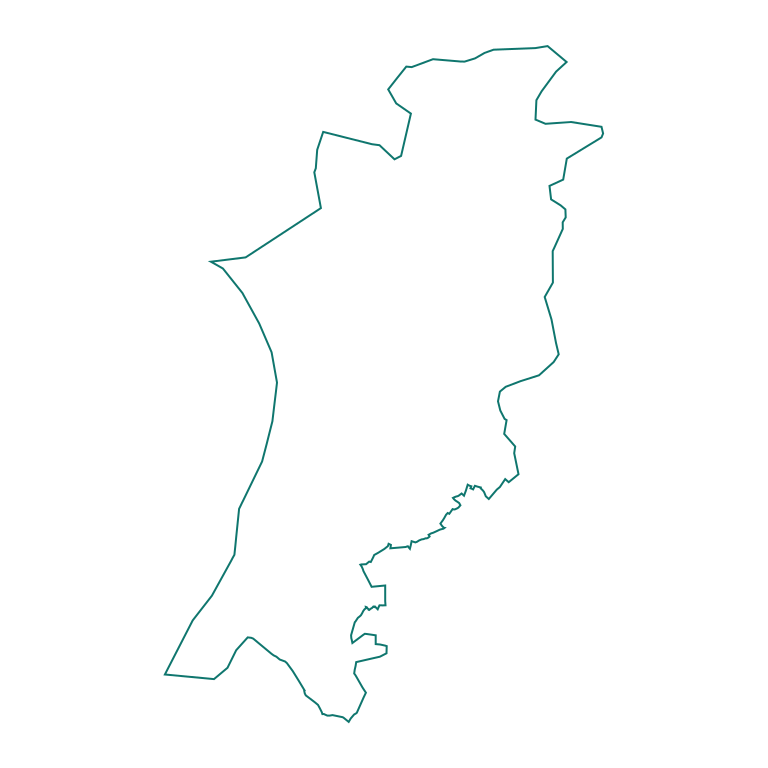 Osisioma Ngwa, Abia, Nigeria (Mercator projection)
{"feature_id": "59680162B33112577829488", "entity_name": "Osisioma Ngwa", "entity_type": "district", "adm_level": 2, "iso_a3": "NGA", "parent_name": "Nigeria", "parent_adm1": "Abia", "projection": "mercator", "projection_center": [7.331, 5.172], "detail": "fine", "context": "isolated", "style": "outline", "palette": "teal", "viewbox_px": 768, "rotation_deg": 0, "n_neighbors": 0, "source": "geoboundaries", "source_scale": "gbopen_adm2", "svg_char_len": 3519}
<svg xmlns="http://www.w3.org/2000/svg" viewBox="0 0 768 768"><path d="M164.9,674.5L214.0,679.1L227.5,667.8L236.2,650.2L247.7,637.4L251.2,637.8L253.2,638.6L271.5,653.8L273.7,655.4L276.4,656.7L279.7,659.5L280.5,659.8L285.1,661.5L286.9,663.1L292.7,671.0L298.9,681.0L304.6,690.5L304.2,690.8L304.8,693.5L305.8,695.4L315.0,702.4L318.0,704.9L319.9,708.4L321.8,712.2L322.4,714.1L323.8,714.0L324.4,714.3L327.3,715.6L329.7,715.6L332.5,715.1L342.7,717.2L343.8,717.9L348.7,721.9L350.7,718.5L354.1,714.5L355.9,713.5L356.8,712.8L363.6,697.5L365.9,692.7L362.5,687.5L357.2,678.2L355.4,675.1L354.2,673.5L354.7,669.8L355.6,665.9L356.2,662.1L370.6,658.8L379.9,656.7L386.5,653.3L386.7,646.1L385.1,645.6L380.1,644.5L375.7,644.1L375.7,635.3L368.1,634.2L366.7,634.0L364.8,633.8L363.2,634.9L352.4,643.0L351.7,639.6L351.3,638.2L351.1,635.2L354.8,622.2L355.4,621.6L357.9,617.8L359.6,616.5L360.9,615.3L362.1,613.3L363.2,611.1L364.5,609.3L366.0,608.2L365.8,606.9L366.7,607.2L367.0,607.5L367.1,608.0L368.5,609.1L368.5,609.6L368.9,609.9L369.1,610.0L371.2,608.4L372.0,608.0L373.3,606.6L373.8,607.0L374.2,607.1L374.9,606.5L375.3,606.9L376.7,608.3L377.7,609.3L379.0,606.3L379.5,605.3L380.7,605.3L382.6,605.4L385.5,605.3L385.2,601.2L385.2,585.5L371.6,586.8L368.5,580.7L363.5,571.2L362.7,568.8L361.7,566.6L360.4,564.7L361.5,564.4L362.2,564.4L366.1,564.2L367.6,562.9L369.2,561.6L370.8,562.0L373.2,557.3L374.2,555.0L377.8,553.0L384.3,549.0L387.9,546.1L388.6,543.8L390.9,544.9L390.4,548.3L397.5,547.7L405.7,547.0L406.5,546.7L407.4,546.3L408.0,546.3L408.6,547.3L409.9,548.8L410.7,545.6L411.6,541.2L415.4,542.4L417.2,541.7L419.0,540.5L421.6,539.4L423.6,539.1L425.6,538.3L426.9,538.3L428.0,537.8L428.8,537.2L429.6,536.5L429.2,535.7L428.6,534.8L431.1,533.4L433.3,532.7L437.0,531.0L439.7,529.7L441.4,529.2L443.4,528.7L444.0,528.3L444.5,527.9L444.0,527.8L443.2,527.1L442.1,526.0L440.4,523.6L442.9,520.2L444.4,517.8L444.6,517.4L446.1,514.7L447.7,513.0L449.3,513.8L452.6,509.1L454.0,509.5L455.1,509.3L456.9,508.5L458.4,507.6L460.4,505.3L459.2,503.1L458.0,502.2L455.4,500.5L454.0,499.2L453.0,497.9L454.2,497.3L456.2,496.5L457.6,496.2L458.5,495.8L461.6,493.5L464.0,495.7L465.9,490.6L467.7,484.7L469.5,485.7L471.3,486.3L470.5,488.3L471.7,488.7L473.1,489.4L474.9,485.8L477.4,486.6L480.8,487.5L480.6,488.2L483.0,490.6L484.1,492.1L485.8,496.3L488.8,499.0L496.8,489.6L499.9,487.0L505.2,479.1L508.7,482.2L518.5,474.2L514.2,453.2L515.2,446.5L504.2,433.9L506.6,420.1L504.6,418.9L500.3,410.5L498.0,401.3L499.9,391.6L505.7,386.8L520.7,381.1L539.0,375.3L553.7,362.0L558.7,354.3L556.0,342.9L551.5,319.5L544.7,297.0L552.9,282.6L552.7,251.1L554.4,247.5L562.8,228.9L562.7,222.3L565.7,217.4L565.4,209.4L560.7,205.4L551.1,199.4L549.5,185.9L563.2,179.6L566.8,158.6L601.5,137.4L603.1,133.5L601.5,126.8L571.0,122.0L545.5,123.8L535.5,119.6L536.4,100.2L541.6,91.3L556.1,71.6L566.6,62.0L547.6,46.1L535.3,48.1L493.6,49.7L484.6,52.9L475.0,58.4L464.6,61.6L460.1,61.5L459.2,61.4L433.0,59.2L411.7,67.1L406.3,66.6L397.0,78.2L388.2,89.4L396.2,103.4L410.9,113.6L401.1,155.9L394.5,159.3L381.3,146.9L380.9,146.5L379.5,145.2L371.9,144.2L323.2,131.9L317.2,149.8L315.8,168.3L314.3,172.3L320.9,208.1L310.5,214.9L245.6,257.4L210.9,261.7L222.9,268.5L242.5,293.1L243.4,294.8L259.2,323.5L271.6,352.3L277.0,382.6L275.8,392.8L274.5,403.5L272.4,421.3L271.2,426.0L268.6,436.3L266.7,443.9L262.1,461.5L242.5,501.9L242.4,502.0L240.1,506.8L239.1,508.8L236.3,536.1L235.3,546.3L234.4,554.8L232.7,557.8L231.2,560.7L211.9,595.7L192.7,620.4L167.6,669.2L164.9,674.5Z" fill="none" stroke="#0f766e" stroke-width="2"/></svg>